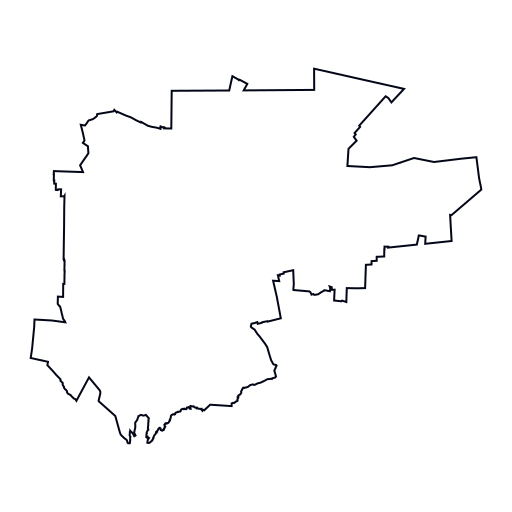 outline of Pánuco, Zacatecas, Mexico
{"feature_id": "50627088B44962860641179", "entity_name": "Pánuco", "entity_type": "district", "adm_level": 2, "iso_a3": "MEX", "parent_name": "Mexico", "parent_adm1": "Zacatecas", "projection": "equal_earth", "projection_center": [-102.504, 22.978], "detail": "fine", "context": "isolated", "style": "outline", "palette": "ink", "viewbox_px": 512, "rotation_deg": 0, "n_neighbors": 0, "source": "geoboundaries", "source_scale": "gbopen_adm2", "svg_char_len": 5975}
<svg xmlns="http://www.w3.org/2000/svg" viewBox="0 0 512 512"><path d="M461.3,158.7L434.0,162.0L414.0,158.0L392.2,165.3L369.9,167.2L347.4,166.0L348.5,148.8L356.6,140.7L353.8,136.8L355.7,134.4L354.6,133.0L360.1,126.9L359.2,125.7L385.6,96.3L388.3,98.0L391.4,102.4L404.0,88.9L314.1,68.7L314.2,89.9L243.7,90.4L247.3,83.9L239.6,79.7L238.9,80.2L238.4,79.6L237.6,79.1L232.4,76.2L229.2,90.5L171.7,90.8L171.3,128.5L164.6,128.4L164.8,128.0L164.3,127.9L164.5,127.5L164.1,127.2L163.9,127.5L163.3,127.6L160.6,126.4L160.5,127.0L160.3,127.1L160.0,128.5L160.5,128.6L160.5,128.8L156.4,127.6L152.0,126.9L148.0,125.8L141.1,121.9L140.8,122.5L136.2,120.3L130.8,117.3L126.0,115.6L117.2,111.7L116.7,112.4L114.3,109.9L113.6,111.3L97.2,114.1L97.0,115.7L96.5,116.5L95.6,117.1L94.2,118.3L92.5,119.3L91.4,119.5L90.1,120.1L89.1,120.2L88.8,120.4L88.0,121.2L86.9,123.0L85.0,125.5L80.8,124.8L82.9,133.1L84.5,140.5L82.9,142.9L86.6,145.4L87.9,146.2L88.4,153.2L86.2,156.6L85.2,157.9L80.1,165.3L83.0,172.1L53.9,171.1L53.7,174.1L53.9,174.1L53.8,180.5L54.3,180.5L54.2,183.6L55.9,183.7L55.8,189.9L57.6,190.1L57.8,190.0L57.9,189.5L58.2,189.3L61.1,189.3L60.8,196.3L64.2,196.3L64.5,195.8L64.2,208.9L64.1,224.9L63.6,259.0L64.0,259.0L64.0,260.4L64.6,260.5L64.4,270.7L64.7,270.9L64.5,274.3L64.4,283.9L63.2,283.9L63.1,296.9L57.9,296.6L57.7,303.8L58.9,305.5L60.0,306.5L60.4,307.5L60.6,308.5L61.1,310.3L61.8,313.8L62.2,314.9L62.6,316.8L63.1,318.8L64.9,321.3L65.3,322.3L51.9,320.5L34.5,319.5L34.2,326.9L32.1,348.6L30.7,358.0L48.0,361.8L47.4,365.2L53.0,371.2L56.1,374.8L60.5,379.3L60.4,380.7L61.3,381.4L61.4,381.7L61.9,382.2L62.6,382.7L62.8,383.2L62.6,384.2L63.0,385.4L64.0,386.9L63.9,387.5L64.9,389.1L66.0,389.9L67.0,391.3L67.1,392.5L67.5,393.1L68.4,394.0L69.4,394.4L70.8,395.2L71.1,395.8L73.8,398.5L75.1,399.0L75.4,399.3L76.4,400.8L89.0,377.4L99.8,390.4L100.3,391.8L100.3,393.5L98.6,400.7L98.7,401.2L115.3,416.0L120.0,432.9L120.8,434.7L121.8,435.8L124.1,438.0L126.6,439.9L127.0,440.6L127.5,442.6L128.0,443.2L129.4,443.3L129.8,443.2L129.9,442.7L130.0,441.5L129.9,441.2L130.3,440.1L130.1,439.5L130.2,437.2L130.4,436.5L129.9,436.1L129.7,435.6L129.6,434.8L129.9,433.4L129.8,432.7L129.9,431.7L130.3,431.3L130.3,430.9L130.8,431.5L131.4,431.9L133.0,433.7L134.3,436.2L135.5,435.5L134.2,432.8L134.3,431.8L135.3,427.4L135.2,422.6L137.1,420.1L138.5,416.1L140.9,414.9L143.3,415.6L145.2,415.2L145.9,414.9L148.8,418.3L148.4,420.1L148.6,421.2L148.3,421.8L148.4,422.2L148.2,423.5L148.3,424.0L148.2,424.8L148.3,425.1L148.0,426.3L148.0,427.8L147.9,428.0L148.0,428.2L147.9,428.6L148.3,429.3L148.3,429.9L147.8,430.3L147.5,430.7L146.7,432.5L146.6,433.1L146.8,433.5L146.5,434.2L146.4,434.7L146.5,435.9L146.2,437.0L146.9,437.6L147.7,437.0L147.8,437.3L149.0,438.0L148.0,439.4L147.6,440.6L147.6,441.2L147.3,442.7L148.9,443.0L150.0,442.5L151.2,441.3L152.2,440.6L152.4,439.7L152.7,439.6L152.8,439.2L153.1,438.7L153.1,438.4L153.4,438.3L153.5,438.1L153.4,437.4L153.5,437.1L153.7,436.7L154.6,434.9L155.2,434.4L155.6,433.8L156.0,432.3L156.5,432.5L156.6,432.0L157.0,431.8L156.8,431.5L157.3,430.7L157.5,430.6L158.0,429.9L158.0,429.7L158.6,428.6L159.0,428.4L159.4,427.8L159.7,427.8L159.9,428.3L160.4,428.3L160.6,428.5L160.4,429.0L160.5,429.3L160.7,429.5L160.8,430.1L161.4,430.2L161.9,430.6L162.4,430.6L162.5,430.4L163.0,430.2L163.0,429.9L163.2,429.7L163.6,429.7L163.8,429.2L164.0,429.3L164.1,428.6L164.5,428.1L164.5,427.6L164.8,427.5L164.8,426.9L165.0,426.7L164.8,426.6L164.4,424.6L164.6,424.4L165.0,424.4L165.2,423.6L166.0,423.1L166.8,423.6L167.2,423.1L168.2,422.9L168.7,422.5L169.2,421.2L170.0,420.6L169.8,419.7L169.9,419.4L170.4,418.9L171.1,415.6L171.2,415.4L172.5,414.5L173.3,414.2L173.5,414.2L174.1,414.6L175.1,414.2L175.3,413.1L175.7,412.9L175.9,412.6L176.5,412.4L176.8,412.4L177.5,411.9L178.1,412.1L179.0,411.6L180.3,411.5L180.7,411.0L180.8,410.2L180.9,409.9L181.2,409.6L182.4,408.9L183.0,408.8L183.8,409.2L184.3,408.7L184.7,409.0L186.0,409.2L186.4,409.1L186.6,408.8L186.8,407.7L187.2,407.7L188.4,407.1L189.1,407.7L189.7,408.7L190.6,408.8L190.2,406.7L190.3,406.1L190.5,405.9L191.8,406.3L193.0,406.5L193.3,406.3L194.0,406.6L194.4,407.2L196.0,407.8L196.3,408.1L196.6,407.6L196.8,407.5L197.1,407.8L197.4,408.4L198.1,408.4L198.9,408.8L200.3,408.9L201.6,408.8L201.6,409.9L202.4,410.8L203.0,409.9L204.0,409.8L204.3,410.2L210.2,404.7L231.6,406.1L231.7,403.4L233.1,402.8L233.9,403.1L234.8,402.5L235.5,401.8L236.0,401.5L236.6,401.4L237.4,400.9L237.6,400.4L237.3,399.8L237.4,399.4L238.1,398.2L238.2,397.8L237.7,397.6L237.6,397.2L238.4,397.0L238.4,396.5L238.2,395.8L238.5,395.5L239.3,394.8L240.0,394.6L241.1,393.2L241.3,392.7L241.1,391.5L241.3,391.0L241.9,390.1L242.4,388.8L243.2,387.7L243.4,387.7L243.6,388.0L244.0,387.8L244.4,387.9L244.5,387.7L246.3,387.4L247.4,387.1L248.2,386.7L250.3,385.0L253.0,384.4L253.9,384.9L254.8,384.8L257.5,383.4L260.4,382.7L264.9,380.6L267.3,379.2L271.2,378.8L271.9,379.0L272.3,378.3L275.0,377.6L276.0,376.5L274.3,370.5L275.6,367.9L275.6,367.5L276.6,365.6L275.9,364.9L273.7,364.5L272.8,363.5L272.1,361.8L271.3,360.7L269.7,355.7L267.2,347.1L266.2,345.5L264.9,343.5L259.3,336.1L257.2,333.7L254.6,329.6L251.5,327.5L250.8,326.6L251.5,323.7L254.5,323.1L257.3,322.1L257.7,323.8L261.8,322.8L262.0,322.7L262.2,322.2L267.5,321.2L267.7,321.6L280.8,318.3L276.8,296.8L273.1,280.7L279.2,281.1L277.9,275.3L279.7,275.6L279.6,274.5L283.7,273.6L283.6,272.3L293.2,270.2L293.8,284.1L293.3,289.9L293.4,290.0L309.3,291.4L310.0,291.8L311.0,293.3L311.5,294.6L313.3,294.0L314.3,294.9L318.1,294.3L321.7,291.9L324.2,290.6L324.4,290.2L329.9,291.2L330.2,289.0L330.2,288.0L329.7,286.5L331.7,287.2L331.8,289.8L334.6,289.7L334.1,300.5L341.4,301.3L342.1,300.6L346.3,302.0L346.8,288.1L357.0,288.3L365.1,288.1L365.9,264.8L371.5,264.5L371.6,261.1L376.7,260.8L376.7,256.8L384.2,256.5L384.3,249.2L384.5,249.2L384.5,246.6L388.3,246.7L388.1,247.6L416.8,244.6L418.6,236.6L418.6,235.9L418.9,235.4L425.6,236.6L425.2,243.8L451.6,241.0L450.1,214.9L451.4,215.2L481.3,189.6L481.0,187.5L479.1,178.3L476.4,157.2L461.3,158.7Z" fill="none" stroke="#020617" stroke-width="2"/></svg>